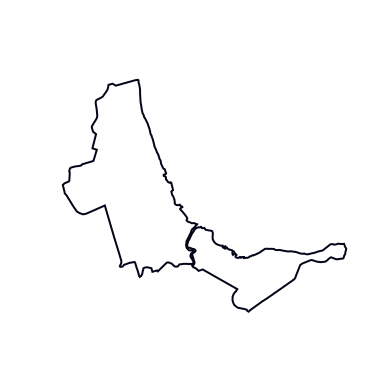 the district of Luganville, Sanma, Vanuatu, rotated 245°
{"feature_id": "77236927B85216783558225", "entity_name": "Luganville", "entity_type": "district", "adm_level": 2, "iso_a3": "VUT", "parent_name": "Vanuatu", "parent_adm1": "Sanma", "projection": "albers", "projection_center": [167.173, -15.521], "detail": "fine", "context": "isolated", "style": "outline", "palette": "ink", "viewbox_px": 384, "rotation_deg": 245, "n_neighbors": 0, "source": "geoboundaries", "source_scale": "gbopen_adm2", "svg_char_len": 5741}
<svg xmlns="http://www.w3.org/2000/svg" viewBox="0 0 384 384"><g transform="rotate(245 192 192)"><path d="M127.9,159.3L127.5,159.7L127.1,161.1L126.5,162.4L126.8,163.0L127.1,163.4L129.1,163.9L131.8,163.6L132.6,163.4L134.3,163.4L135.3,163.9L136.5,165.2L136.8,165.8L136.8,166.4L137.1,167.2L137.6,168.1L138.4,168.2L138.8,168.1L139.5,166.1L140.1,165.1L140.7,164.6L142.6,163.8L143.8,163.6L145.8,164.0L147.0,164.5L148.1,165.4L149.4,166.0L152.3,169.5L152.8,170.4L154.4,172.1L155.1,173.2L157.5,175.5L158.1,176.4L158.9,178.8L160.3,182.5L160.6,183.0L161.0,182.8L161.3,182.1L161.8,181.6L162.4,181.3L162.8,181.0L163.8,178.6L164.4,178.1L165.3,177.5L165.7,176.8L166.5,176.3L166.8,175.8L167.3,175.5L167.9,175.3L168.1,175.2L168.3,175.2L168.9,175.2L169.5,176.1L169.8,176.4L170.3,176.7L171.1,176.5L172.3,176.5L173.1,176.2L174.4,176.0L175.7,175.7L177.3,175.2L178.0,175.1L179.6,174.6L180.7,174.1L181.6,174.0L182.1,174.9L182.4,176.9L182.9,176.9L183.0,176.4L183.3,176.3L183.7,176.0L184.5,175.7L184.7,175.8L184.9,175.8L185.3,175.6L185.7,175.5L185.8,174.5L185.9,173.9L186.5,172.8L186.7,172.4L187.3,172.0L187.9,171.8L188.9,171.5L189.3,171.8L189.9,171.9L190.6,172.3L191.2,172.4L192.5,172.9L193.0,172.8L195.2,173.1L196.3,173.1L196.9,172.9L197.5,172.8L201.0,173.4L201.4,174.0L201.4,174.4L201.6,175.4L202.5,175.8L209.1,177.1L209.3,176.5L210.0,176.4L210.0,175.4L210.7,174.8L211.6,174.4L212.7,174.2L213.4,174.2L214.4,173.7L214.8,173.8L216.0,174.5L216.5,174.6L217.6,174.2L217.8,173.7L218.1,173.5L218.4,173.3L219.0,173.3L219.5,173.6L219.5,174.8L219.4,175.7L219.7,176.4L224.2,176.9L224.5,176.5L225.6,175.9L228.7,175.9L229.2,175.9L231.2,176.0L232.1,176.3L233.2,176.7L234.2,176.8L235.9,176.5L236.9,176.8L238.2,177.0L239.2,176.9L240.0,177.3L242.2,177.0L243.7,177.0L244.8,177.3L248.6,177.2L253.0,178.1L256.9,178.8L258.8,178.8L260.4,179.2L261.7,178.9L266.9,180.1L270.3,180.4L272.2,180.7L278.5,180.6L279.7,180.3L282.4,180.7L284.2,180.5L288.4,181.4L290.7,182.2L294.7,183.2L302.1,186.1L307.0,188.3L311.4,189.5L313.7,189.8L315.9,190.7L316.6,190.3L317.4,187.3L320.6,167.9L323.7,165.8L324.4,161.6L323.4,161.0L320.7,158.9L319.3,156.9L316.3,151.6L316.1,150.9L315.9,149.7L315.8,145.0L315.5,143.8L315.1,143.4L313.4,142.3L307.0,140.5L302.1,138.7L301.9,138.7L300.0,137.7L298.9,136.6L294.8,130.4L293.5,128.7L292.4,128.4L288.5,127.8L285.0,129.5L273.9,120.4L273.6,120.3L270.5,123.6L261.8,115.8L263.5,104.3L263.3,103.5L262.9,103.1L263.1,101.4L264.5,97.0L264.9,94.9L265.3,92.3L264.7,91.1L262.5,89.4L260.9,89.3L254.0,85.5L253.6,85.1L253.7,80.1L253.0,77.9L245.8,76.5L244.8,76.1L241.7,76.9L228.8,78.4L223.0,79.4L220.2,81.3L217.7,84.0L217.0,87.4L216.9,93.1L216.8,97.3L216.6,107.3L183.8,102.3L168.6,100.2L159.2,98.8L157.3,97.7L155.4,95.3L154.6,95.3L154.1,96.1L153.8,97.8L154.7,99.5L154.7,100.5L154.5,101.0L154.3,104.0L154.1,105.8L152.8,110.4L151.4,110.5L146.1,109.7L144.1,109.6L138.2,108.6L137.1,108.8L137.4,110.4L138.7,112.2L140.8,113.7L143.5,115.9L143.4,117.6L142.6,119.8L140.1,123.0L136.4,122.4L135.7,127.1L134.5,127.5L138.7,139.4L137.8,141.3L135.4,143.5L133.5,144.1L131.8,144.9L131.1,146.0L130.8,147.0L130.5,147.5L131.7,150.1L130.8,152.6L130.5,154.0L129.9,155.1L129.2,156.8L128.6,157.5L127.9,159.3ZM67.9,301.0L68.6,301.9L70.1,303.1L70.9,304.6L72.3,305.3L74.7,307.4L75.5,307.8L77.9,307.6L80.7,307.9L81.7,305.5L83.5,302.3L83.6,300.3L84.3,298.5L85.0,297.9L86.1,295.5L83.8,285.7L84.8,280.9L85.1,277.5L86.1,273.2L86.5,270.8L87.6,268.8L88.8,267.7L89.2,266.3L90.1,264.8L91.7,262.8L92.5,262.2L93.9,260.6L94.5,259.6L95.6,257.9L96.2,257.0L96.7,256.1L97.1,255.3L97.2,254.4L98.7,252.1L99.8,250.5L100.2,250.0L101.4,248.3L102.2,247.4L102.6,246.7L102.9,245.5L104.2,243.2L105.2,242.5L105.8,242.0L106.8,240.3L107.3,239.0L109.5,234.7L109.6,234.1L108.7,228.4L108.5,227.5L108.4,226.6L108.6,225.4L108.5,225.1L108.5,224.5L108.5,222.6L108.7,221.6L108.6,220.7L109.1,220.1L108.9,218.2L109.2,217.2L108.9,216.2L108.8,215.0L109.3,213.5L110.2,211.2L111.1,211.7L112.2,209.0L111.7,208.8L111.9,208.4L112.5,208.6L112.8,207.8L112.5,207.7L112.6,206.9L112.9,205.7L113.3,205.1L113.9,204.4L114.6,204.1L115.2,204.1L115.6,204.4L116.1,205.7L118.5,205.0L117.7,202.6L118.2,202.5L118.7,202.5L120.4,203.1L120.6,204.6L121.9,203.9L122.7,203.3L123.3,202.5L123.5,202.0L125.8,200.2L126.9,200.2L127.4,199.9L127.3,199.5L126.6,199.0L126.5,198.5L126.8,197.9L127.2,197.6L127.6,197.6L128.8,198.7L128.9,198.2L128.1,197.1L128.6,196.6L129.2,196.5L129.8,196.6L130.4,197.0L131.0,195.8L131.6,194.9L133.2,193.2L133.4,193.0L133.8,192.8L134.4,192.3L135.2,191.7L135.8,191.5L136.4,191.4L137.0,191.1L137.8,190.9L138.7,190.9L139.6,190.9L140.1,190.7L143.5,192.1L144.9,193.1L145.6,193.3L146.5,193.7L148.1,193.7L149.2,192.5L149.6,191.7L152.1,188.3L153.5,188.3L154.3,187.9L154.4,187.1L154.7,186.4L155.2,185.7L155.7,185.6L156.0,185.7L156.5,185.6L156.7,185.3L156.6,184.2L157.2,183.2L157.2,182.5L157.5,181.3L157.4,180.3L157.1,179.1L156.4,177.8L155.3,176.3L154.4,174.6L152.2,171.9L151.4,170.9L151.1,170.5L150.7,170.2L149.0,167.7L147.6,166.6L146.7,165.7L144.8,164.7L144.3,164.6L143.2,165.2L142.3,166.5L140.6,168.1L140.0,168.8L139.3,169.8L138.7,170.1L137.8,170.5L137.2,170.4L136.8,169.9L136.5,169.2L136.0,166.6L135.6,166.0L134.8,165.6L131.4,165.2L128.8,164.7L127.5,164.7L126.7,164.3L125.8,163.5L125.0,162.0L125.1,161.1L124.2,161.1L123.8,161.1L120.8,163.4L117.7,164.7L117.3,168.9L84.8,192.0L83.3,189.6L83.2,189.0L82.1,186.9L80.0,184.6L76.8,183.0L74.4,182.6L72.1,182.5L69.9,183.4L67.7,184.7L66.6,186.2L63.6,190.3L62.1,191.9L61.0,191.8L59.6,192.8L60.3,194.6L62.6,206.7L63.3,209.9L63.2,210.1L63.9,215.1L66.7,231.2L69.7,247.8L70.8,249.6L71.8,250.5L76.0,254.9L80.0,259.1L80.5,261.2L80.5,262.5L80.1,270.6L79.7,271.9L76.3,275.5L75.1,277.3L74.0,279.0L72.5,283.5L73.1,286.3L73.7,287.6L74.1,290.4L70.4,294.0L69.7,295.0L67.9,301.0Z" fill="none" stroke="#020617" stroke-width="2"/></g></svg>